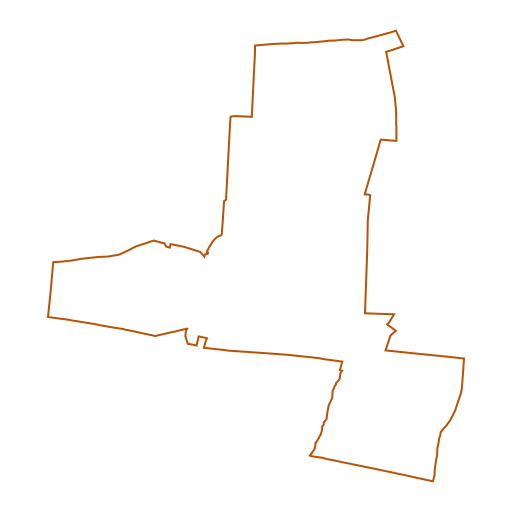 outline of Rediu, Galati, Romania
{"feature_id": "2599482B99590991527572", "entity_name": "Rediu", "entity_type": "district", "adm_level": 2, "iso_a3": "ROU", "parent_name": "Romania", "parent_adm1": "Galati", "projection": "robinson", "projection_center": [27.841, 45.712], "detail": "fine", "context": "isolated", "style": "outline", "palette": "amber", "viewbox_px": 512, "rotation_deg": 0, "n_neighbors": 0, "source": "geoboundaries", "source_scale": "gbopen_adm2", "svg_char_len": 5483}
<svg xmlns="http://www.w3.org/2000/svg" viewBox="0 0 512 512"><path d="M378.7,469.6L384.2,470.8L389.1,471.8L396.4,473.4L400.9,474.3L403.8,474.9L413.0,477.0L432.9,481.3L434.5,475.5L434.8,468.8L435.3,465.7L435.9,461.3L437.0,455.8L437.2,453.9L437.3,450.2L437.3,448.4L437.8,446.2L438.6,442.6L439.0,439.2L439.4,437.7L440.1,435.7L440.7,432.2L443.6,428.6L446.4,425.5L449.8,420.9L450.7,419.3L453.4,414.1L455.2,410.5L455.4,409.8L460.6,394.0L461.0,393.0L461.5,390.1L461.9,388.2L463.3,369.0L464.0,358.5L447.4,356.7L414.6,353.4L385.5,350.4L390.5,335.5L395.8,330.8L387.1,324.3L388.0,323.6L389.1,322.5L394.1,314.3L393.9,314.3L365.0,313.3L367.0,257.3L367.3,247.5L367.8,220.5L370.2,195.1L367.2,194.4L364.8,194.4L365.9,190.3L375.6,157.3L380.7,139.6L396.4,140.9L396.4,127.3L396.2,123.8L396.2,116.2L396.1,110.7L395.3,102.5L394.8,97.3L387.3,57.8L386.1,51.8L392.9,49.8L395.3,48.9L403.4,46.2L396.3,31.4L396.0,30.7L389.6,32.7L389.3,32.7L383.9,34.3L380.8,35.1L379.3,35.5L371.4,37.6L368.6,38.2L365.1,39.5L362.3,40.2L358.8,40.2L352.3,40.2L352.0,40.2L349.8,39.7L349.7,39.6L349.4,39.5L348.3,39.5L346.0,39.6L343.2,39.7L335.3,40.5L328.3,40.7L327.7,40.9L315.9,42.1L310.7,42.4L306.1,42.9L295.3,42.8L295.0,43.1L288.8,43.4L286.2,43.6L282.2,43.5L271.3,44.1L255.1,45.5L254.9,54.5L254.3,65.9L251.8,116.8L235.3,116.1L235.1,116.2L233.2,116.2L231.3,116.5L230.9,116.6L230.5,117.0L229.5,134.2L226.1,198.8L226.2,199.6L224.1,201.1L222.7,221.9L222.3,227.2L221.8,233.9L221.4,235.0L219.6,235.8L217.4,236.9L216.5,237.5L213.8,240.3L212.6,241.8L211.8,243.0L208.9,247.6L207.2,251.1L206.8,252.2L208.0,252.6L207.6,254.0L206.8,253.8L205.6,254.2L205.0,254.5L204.8,255.1L204.4,256.7L200.2,251.9L185.1,247.2L182.6,246.5L170.5,244.1L169.9,247.6L166.2,246.6L164.5,243.4L155.6,241.1L153.7,240.5L145.9,243.2L142.6,244.2L137.4,245.9L136.7,246.1L134.7,247.0L132.8,248.0L130.4,249.3L129.2,250.0L125.7,251.6L123.7,252.6L121.2,253.7L120.1,254.2L119.0,254.6L118.2,254.8L116.1,255.2L113.3,255.6L108.4,256.5L107.7,256.6L98.9,256.9L79.6,259.0L77.9,259.5L73.6,260.2L71.3,260.6L64.7,261.3L64.2,261.4L63.0,261.5L61.2,261.6L60.8,261.6L58.8,261.9L57.9,261.9L54.0,262.1L53.4,262.1L53.2,262.4L53.1,263.1L52.8,266.8L52.5,270.5L50.8,289.7L48.0,317.0L56.0,318.1L68.2,319.7L72.3,320.5L74.4,320.8L88.0,323.0L93.0,323.8L95.8,324.3L100.5,325.3L105.7,326.2L108.5,326.7L113.7,327.6L123.1,329.0L125.3,329.7L127.0,330.0L128.0,330.1L128.5,330.2L129.0,330.3L129.6,330.5L129.9,330.5L130.0,330.6L130.3,330.6L130.6,330.7L130.9,330.8L131.1,330.8L131.8,330.9L131.9,331.0L132.1,331.0L132.3,331.0L132.5,331.1L132.8,331.2L133.1,331.2L133.5,331.3L133.9,331.4L134.1,331.4L139.5,332.6L147.8,334.4L152.6,335.4L155.1,336.0L155.7,336.0L156.4,335.8L158.1,335.3L170.0,332.6L175.2,331.5L178.7,330.6L185.5,329.0L186.7,328.6L187.2,328.8L186.7,329.4L186.4,329.9L185.6,333.1L185.4,336.4L187.8,343.8L193.1,344.7L196.5,345.6L198.7,336.4L206.9,338.2L206.0,340.3L203.9,347.8L204.1,347.8L204.4,347.8L204.8,347.9L205.1,347.9L206.3,348.0L206.9,348.1L208.0,348.2L208.8,348.3L209.6,348.4L211.0,348.6L211.3,348.6L212.9,348.8L213.2,348.8L213.5,348.8L213.9,348.9L214.5,348.9L215.4,349.1L215.7,349.1L215.9,349.1L216.6,349.2L222.2,349.8L224.0,350.0L225.6,350.2L226.7,350.4L228.6,350.7L235.4,351.1L236.0,351.1L236.4,351.2L236.5,351.2L236.8,351.2L237.0,351.2L237.3,351.2L237.5,351.2L237.7,351.3L237.8,351.3L238.0,351.3L238.3,351.3L238.5,351.3L238.8,351.3L239.0,351.3L239.5,351.4L239.9,351.4L240.1,351.4L240.6,351.5L240.9,351.5L241.0,351.5L241.8,351.5L242.1,351.6L242.3,351.6L242.6,351.6L242.9,351.6L243.1,351.6L243.3,351.6L243.5,351.7L243.8,351.7L244.1,351.7L244.4,351.7L244.7,351.7L245.5,351.8L245.9,351.8L246.1,351.8L246.3,351.8L246.5,351.9L246.9,351.9L247.1,351.9L247.3,351.9L247.5,351.9L247.8,352.0L248.3,352.0L248.9,352.0L249.2,352.1L249.4,352.1L249.7,352.1L249.9,352.1L250.5,352.1L251.0,352.2L251.3,352.2L251.8,352.2L252.1,352.3L252.4,352.3L253.2,352.3L253.7,352.4L253.8,352.4L254.0,352.4L254.3,352.4L254.5,352.4L254.8,352.4L255.1,352.5L255.8,352.5L256.1,352.5L256.3,352.5L256.7,352.6L256.9,352.6L257.1,352.6L257.6,352.6L258.2,352.7L258.6,352.7L258.8,352.7L259.4,352.8L259.7,352.8L260.0,352.8L260.3,352.8L260.6,352.8L260.8,352.9L261.0,352.9L261.3,352.9L261.8,352.9L262.0,352.9L262.3,353.0L262.5,353.0L262.8,353.0L263.0,353.0L263.3,353.0L263.6,353.1L264.5,353.1L265.8,353.2L266.0,353.2L266.3,353.2L266.9,353.3L267.1,353.3L267.3,353.3L267.7,353.3L268.0,353.4L268.4,353.4L269.3,353.4L270.0,353.5L270.3,353.5L270.8,353.6L271.5,353.6L271.9,353.6L272.0,353.6L272.4,353.7L273.1,353.7L273.5,353.7L273.8,353.8L275.1,353.9L276.1,353.9L276.4,353.9L276.5,353.9L276.6,354.0L276.8,354.0L277.0,354.0L277.5,354.0L278.1,354.1L278.3,354.1L278.5,354.1L278.9,354.1L279.0,354.1L279.3,354.2L279.5,354.2L288.3,354.9L289.3,355.0L307.5,356.9L308.2,357.0L308.5,357.0L315.1,357.7L319.1,358.2L324.0,359.2L324.3,359.2L327.8,359.7L329.7,359.9L331.3,360.1L331.9,360.2L333.5,360.4L335.8,360.7L336.2,360.8L336.7,360.8L339.1,361.2L341.4,361.5L342.3,361.6L339.9,370.1L342.1,370.7L340.2,373.8L340.0,377.0L339.4,379.3L338.0,381.2L335.8,383.3L336.0,384.4L334.7,386.0L334.0,388.3L332.7,390.3L332.2,398.0L328.7,405.5L327.5,411.7L326.5,419.1L324.8,421.4L323.9,422.1L323.6,424.9L322.1,426.5L322.2,428.6L321.6,431.6L320.7,434.5L316.3,442.3L315.4,442.9L315.6,443.7L315.5,444.4L314.9,448.2L313.8,450.3L312.9,451.2L312.2,452.8L311.1,453.5L310.7,454.5L309.8,455.6L310.4,455.9L314.6,456.7L318.7,457.3L321.8,457.6L323.9,458.3L330.1,459.7L335.2,460.6L342.3,462.2L366.8,467.2L367.4,467.3L378.7,469.6Z" fill="none" stroke="#b45309" stroke-width="2"/></svg>